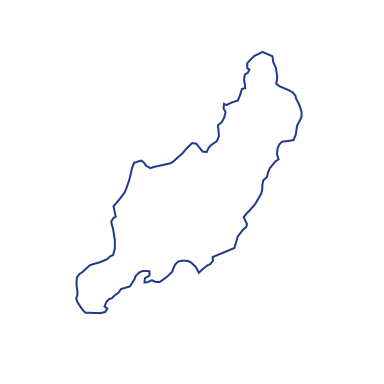 the district of Quatipuru, Pará, Brazil, rotated 210°
{"feature_id": "56859067B99309548374267", "entity_name": "Quatipuru", "entity_type": "district", "adm_level": 2, "iso_a3": "BRA", "parent_name": "Brazil", "parent_adm1": "Pará", "projection": "natural_earth1", "projection_center": [-47.01, -0.859], "detail": "fine", "context": "isolated", "style": "outline", "palette": "blue", "viewbox_px": 384, "rotation_deg": 210, "n_neighbors": 0, "source": "geoboundaries", "source_scale": "gbopen_adm2", "svg_char_len": 2301}
<svg xmlns="http://www.w3.org/2000/svg" viewBox="0 0 384 384"><g transform="rotate(210 192 192)"><path d="M201.1,348.5L202.8,345.7L206.1,340.9L207.6,335.5L208.5,331.1L206.1,326.9L203.5,326.7L203.3,323.1L205.0,320.1L202.9,315.0L199.8,311.3L197.9,308.4L200.3,306.2L198.9,300.3L198.0,294.3L202.5,289.2L205.7,284.4L208.3,284.4L206.5,280.2L202.8,277.9L201.4,273.0L201.1,267.7L202.9,262.6L200.3,259.2L196.6,253.8L195.9,248.5L198.9,242.2L199.7,238.9L199.3,233.9L202.9,232.3L212.6,236.0L216.4,234.3L218.6,226.3L219.5,221.0L221.6,214.7L223.4,209.2L224.9,206.2L237.2,194.9L240.0,191.9L244.7,191.8L248.3,193.4L251.5,193.9L254.1,191.3L256.7,188.4L255.9,182.6L252.7,172.5L251.5,166.8L250.8,163.0L250.1,158.2L250.7,152.7L251.2,149.2L252.2,143.8L252.8,140.3L245.7,132.5L247.1,129.7L247.2,126.2L245.2,123.7L242.3,121.0L239.8,118.0L237.1,114.5L234.8,111.9L230.5,104.3L228.8,98.1L230.8,95.1L231.9,91.5L234.6,87.7L237.5,84.2L240.3,81.4L243.8,77.6L245.1,73.6L246.1,70.4L247.1,67.2L248.5,64.6L248.9,60.3L247.1,56.6L245.4,53.6L242.8,50.2L240.3,46.8L239.0,42.0L236.9,39.8L234.1,38.3L229.7,36.1L226.3,34.7L223.6,34.2L221.1,35.8L218.2,37.3L214.4,39.3L210.4,41.6L207.1,44.8L207.1,48.8L210.5,49.0L211.2,54.1L210.3,57.8L208.3,59.8L207.3,63.9L205.4,67.7L204.9,72.5L201.0,76.6L198.5,79.2L198.4,83.5L198.2,87.9L198.8,91.2L197.3,96.2L195.3,98.8L192.1,100.8L189.2,102.1L187.0,98.4L189.7,93.8L187.9,89.9L185.4,91.7L182.6,95.6L178.8,95.9L175.0,97.8L173.0,102.1L171.5,105.6L170.1,109.9L169.3,113.0L170.1,117.4L170.3,121.2L169.1,125.0L165.3,128.2L161.2,130.2L157.5,130.5L154.6,129.8L152.1,129.3L149.2,127.7L145.7,125.5L144.5,129.7L143.2,133.1L141.9,136.1L140.1,138.8L139.5,142.9L141.6,146.0L127.3,164.7L130.1,176.1L129.0,184.8L127.6,188.6L128.3,191.7L131.4,193.7L134.6,196.1L134.2,199.7L132.8,205.3L131.3,213.0L131.2,218.8L131.2,225.3L132.6,229.6L134.6,233.3L136.1,237.7L134.6,242.4L136.0,247.1L136.5,251.4L135.2,259.7L133.4,263.7L137.5,267.4L139.8,272.9L140.2,276.7L139.2,280.6L135.7,283.1L130.1,287.6L130.6,292.5L132.0,296.6L134.1,301.7L134.4,308.9L134.9,312.3L137.3,316.3L140.7,319.5L144.6,322.5L148.2,324.6L150.5,327.0L154.6,328.6L158.4,328.6L165.2,327.8L168.8,327.3L173.3,327.9L174.2,330.8L175.9,334.5L178.2,337.4L181.3,341.4L186.7,345.2L190.2,349.8L197.8,348.9L201.1,348.5Z" fill="none" stroke="#1e3a8a" stroke-width="2"/></g></svg>